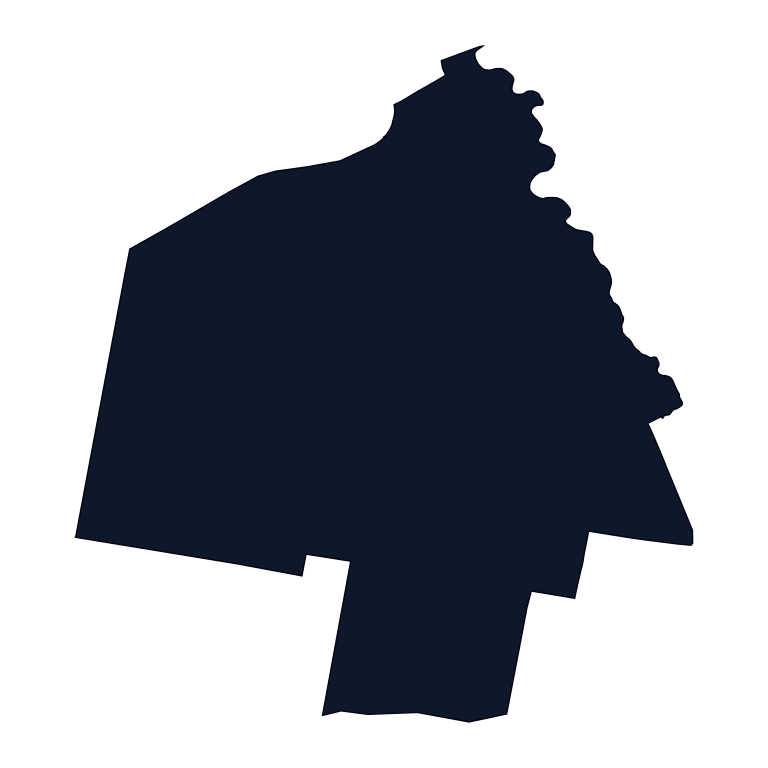 Frumoasa, Teleorman, Romania (Natural Earth projection)
{"feature_id": "2599482B40273657250889", "entity_name": "Frumoasa", "entity_type": "district", "adm_level": 2, "iso_a3": "ROU", "parent_name": "Romania", "parent_adm1": "Teleorman", "projection": "natural_earth1", "projection_center": [25.466, 43.78], "detail": "fine", "context": "isolated", "style": "filled", "palette": "ink", "viewbox_px": 768, "rotation_deg": 0, "n_neighbors": 0, "source": "geoboundaries", "source_scale": "gbopen_adm2", "svg_char_len": 4426}
<svg xmlns="http://www.w3.org/2000/svg" viewBox="0 0 768 768"><path d="M417.4,712.4L469.0,721.9L498.1,715.7L506.6,713.9L516.2,664.0L520.6,641.1L524.4,620.8L526.9,607.7L531.2,591.0L574.6,598.2L576.6,588.8L580.8,570.3L581.8,566.8L582.9,561.8L584.0,554.6L588.6,531.1L633.3,538.2L645.6,539.9L668.0,542.7L676.4,543.8L691.0,545.2L692.6,543.1L692.4,530.3L681.1,502.7L668.2,471.5L659.8,450.8L653.4,435.8L651.6,431.7L649.5,427.2L647.6,423.3L648.0,423.1L660.9,416.7L662.7,418.1L663.0,417.5L663.9,416.3L664.3,415.7L665.1,415.3L666.7,415.0L668.6,414.8L669.4,414.5L669.9,414.1L670.6,413.2L672.1,411.1L673.3,409.8L674.3,409.3L675.4,409.0L676.3,408.8L677.1,408.4L679.5,407.0L681.4,405.5L681.9,405.0L682.1,404.5L682.2,403.8L682.2,403.0L682.1,402.1L681.8,401.5L680.7,399.5L679.6,397.6L679.4,397.0L679.3,395.9L679.3,394.7L679.0,393.8L678.4,392.8L677.7,391.6L675.8,387.9L673.5,382.5L672.6,380.4L671.3,378.6L670.4,377.7L669.3,377.0L667.2,376.2L665.7,375.7L664.4,375.7L662.5,375.5L660.0,374.6L658.9,373.8L658.1,372.9L657.5,371.8L657.2,370.5L657.2,369.3L657.4,368.3L658.5,366.3L658.8,365.0L658.8,363.4L658.7,362.6L657.8,361.0L657.1,358.9L656.4,357.8L655.7,357.3L654.7,357.2L653.6,357.1L652.2,357.5L651.1,357.7L650.2,357.6L649.2,357.4L647.8,356.6L646.8,355.9L645.6,355.5L642.2,354.2L640.8,353.4L640.3,353.0L639.6,352.0L638.5,350.9L635.9,348.9L634.6,347.5L633.5,346.1L631.5,342.5L629.8,340.0L628.5,338.7L627.1,337.8L626.3,337.1L625.5,336.3L623.8,334.1L622.7,332.8L622.4,332.2L622.2,331.1L622.1,329.2L621.7,327.6L621.6,325.7L621.8,324.6L622.8,322.2L623.1,320.6L623.4,318.6L623.4,317.6L623.1,316.8L622.3,315.7L621.6,314.3L620.9,312.1L619.7,308.8L618.7,306.9L617.9,305.8L616.8,304.8L614.3,303.0L613.3,302.4L612.9,301.6L612.2,300.4L611.4,298.2L610.2,296.4L609.3,294.8L609.0,293.5L609.0,291.6L609.4,290.1L610.8,285.5L611.4,281.7L611.0,278.5L610.2,275.6L609.3,272.8L607.9,270.4L606.8,269.0L605.3,267.7L603.4,265.7L601.0,264.8L599.6,263.2L597.3,259.5L594.7,255.6L593.0,251.7L592.5,250.0L592.5,245.3L592.7,239.7L592.7,237.1L592.3,235.4L591.5,234.0L590.4,233.0L588.9,232.3L586.6,231.6L583.6,231.1L578.9,230.4L576.8,229.9L575.3,229.3L569.9,226.1L566.9,224.0L565.7,222.7L565.2,221.6L565.3,220.6L566.2,219.2L567.6,217.8L569.2,216.2L569.8,215.3L570.2,214.1L570.4,212.3L570.4,210.3L569.8,208.6L568.7,206.8L566.8,204.6L564.1,201.8L561.3,199.6L558.9,198.6L556.4,197.8L554.1,197.6L550.9,197.6L547.2,197.7L545.3,198.1L543.5,198.7L542.8,198.7L540.5,198.3L538.4,197.5L535.8,196.1L533.7,194.7L531.7,192.7L530.5,190.9L529.8,189.6L529.5,188.3L529.6,185.4L530.0,183.1L530.9,181.0L532.2,179.0L534.2,176.6L535.9,174.9L539.3,172.5L540.4,171.9L542.2,171.5L545.2,171.0L547.5,170.5L548.6,169.8L550.8,168.0L552.1,166.5L553.3,164.5L553.6,163.6L553.6,162.4L554.3,160.4L554.5,158.4L554.7,157.2L555.0,156.1L555.1,155.3L555.0,154.7L554.4,153.7L553.7,152.8L552.6,150.8L551.6,149.0L550.3,147.8L548.7,146.7L545.1,145.2L541.3,144.0L539.5,142.9L538.6,141.9L538.3,141.3L538.3,140.6L538.3,139.6L538.8,138.3L539.9,136.5L541.4,132.8L542.1,130.2L542.1,129.2L541.9,128.1L540.5,125.4L537.6,121.0L533.8,116.9L532.4,114.8L531.6,113.9L531.2,112.9L531.1,111.3L531.4,110.0L532.3,108.5L534.0,106.7L535.7,105.7L538.4,105.2L541.1,105.2L542.0,104.9L542.7,104.3L543.0,103.3L543.1,102.1L542.9,101.0L542.4,100.0L541.3,98.6L540.5,97.6L540.0,96.4L539.0,94.3L537.9,93.3L536.5,92.5L534.3,91.6L532.5,91.1L530.2,91.0L527.6,91.4L526.3,91.9L525.2,92.7L523.6,93.7L522.5,94.1L520.0,94.4L516.6,94.3L515.0,93.7L513.7,92.9L512.9,92.1L512.2,90.9L511.9,89.2L511.8,87.3L513.1,82.2L513.7,80.3L513.7,79.3L513.5,78.4L512.9,77.0L511.7,75.4L506.6,71.0L503.5,69.3L501.5,68.7L499.5,68.6L497.2,68.6L494.8,68.9L491.9,69.8L489.3,70.3L486.5,70.0L484.6,69.6L483.2,69.0L481.5,67.7L478.3,64.2L476.5,61.0L475.3,58.2L474.8,55.4L474.8,53.7L475.3,52.2L476.1,50.9L478.7,48.8L481.3,47.2L482.6,46.1L480.0,46.6L473.3,48.9L458.2,54.5L441.4,60.7L442.4,67.1L442.7,68.4L443.3,69.8L445.7,75.2L438.5,79.6L417.8,91.4L401.3,101.3L394.1,104.8L394.5,106.9L394.7,108.7L394.8,110.3L394.7,112.5L394.2,116.1L393.5,118.7L392.6,121.8L392.5,123.2L391.9,124.9L390.9,127.3L389.3,130.4L386.9,134.0L385.1,136.2L383.8,137.0L383.7,137.8L383.3,138.4L380.3,141.1L374.8,144.9L339.9,161.0L306.6,167.0L275.9,171.2L258.0,176.3L229.1,192.1L168.9,227.1L129.9,249.1L124.6,276.2L76.0,535.7L75.4,537.2L236.7,563.7L301.9,575.8L306.0,554.1L349.3,560.9L350.8,561.1L334.4,650.7L322.6,715.3L341.1,710.8L367.7,714.3L417.4,712.4Z" fill="#0f172a" stroke="#020617" stroke-width="1.5"/></svg>